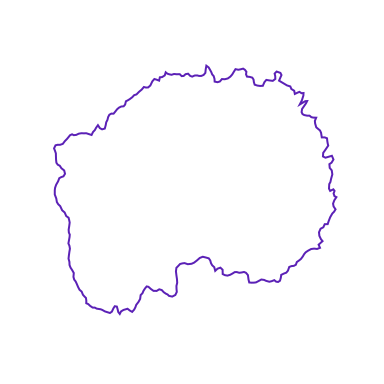 Resplendor, Minas Gerais, Brazil (Equal Earth projection), rotated 12°
{"feature_id": "56859067B25891370030670", "entity_name": "Resplendor", "entity_type": "district", "adm_level": 2, "iso_a3": "BRA", "parent_name": "Brazil", "parent_adm1": "Minas Gerais", "projection": "equal_earth", "projection_center": [-41.153, -19.218], "detail": "fine", "context": "isolated", "style": "outline", "palette": "violet", "viewbox_px": 384, "rotation_deg": 12, "n_neighbors": 0, "source": "geoboundaries", "source_scale": "gbopen_adm2", "svg_char_len": 4447}
<svg xmlns="http://www.w3.org/2000/svg" viewBox="0 0 384 384"><g transform="rotate(12 192 192)"><path d="M68.8,236.9L71.7,238.5L74.0,241.7L76.6,242.8L77.6,244.8L78.7,247.3L79.0,251.0L79.2,254.6L80.0,257.3L81.3,259.1L81.6,261.5L81.7,264.7L81.8,268.0L83.3,270.1L84.4,272.9L84.5,276.0L84.8,280.0L85.1,282.9L86.6,285.8L87.4,288.9L88.9,291.2L91.1,293.4L93.2,295.8L93.7,299.7L95.0,302.2L96.8,303.7L98.3,305.7L100.4,308.7L102.3,311.0L104.8,312.4L106.7,315.2L108.6,316.6L110.3,317.7L111.2,320.2L111.7,322.8L113.8,323.2L116.1,324.6L118.8,325.7L121.0,325.3L123.0,325.9L125.1,325.8L127.0,325.7L128.8,326.0L131.6,326.9L134.6,327.2L136.9,327.4L138.5,325.7L139.3,322.2L140.2,319.8L142.3,319.7L143.7,322.3L144.8,324.7L146.7,326.3L147.4,323.6L149.5,321.6L151.2,320.7L153.2,319.6L155.9,320.9L158.4,321.7L159.9,319.0L160.6,316.5L160.9,314.0L162.5,310.7L163.5,307.4L163.2,303.5L164.6,301.3L165.1,298.7L166.1,296.1L167.3,293.8L169.1,293.8L171.9,295.4L174.9,296.7L178.0,296.1L180.2,294.0L182.8,294.2L185.2,295.9L187.6,296.9L189.4,297.3L191.1,298.4L194.4,298.4L197.1,296.2L197.9,292.9L197.0,290.0L196.3,287.1L196.4,283.9L195.4,280.3L194.1,276.8L192.8,273.0L192.5,269.4L193.8,267.4L195.3,264.9L197.5,263.8L199.5,263.1L202.9,263.5L206.5,262.3L208.7,260.7L211.0,258.0L213.3,254.9L216.0,253.1L219.1,253.2L222.2,253.4L224.1,255.2L225.4,257.7L227.0,259.5L229.4,260.9L231.1,264.3L232.9,261.7L235.5,260.1L238.1,261.7L239.1,265.9L241.5,266.5L244.1,266.4L246.6,265.0L248.7,263.2L250.4,261.5L252.4,261.0L255.0,261.2L257.3,260.4L259.5,259.4L261.6,259.8L264.0,261.7L265.5,265.9L266.8,268.6L269.3,268.3L271.7,267.7L273.4,267.1L275.7,265.2L278.0,263.2L280.8,263.0L282.9,263.5L286.3,263.7L288.6,262.6L290.8,261.1L292.9,262.2L294.9,262.1L296.5,260.5L296.7,257.4L296.5,254.5L298.8,252.7L301.0,251.3L302.2,249.0L302.7,245.1L304.7,243.8L306.9,243.1L308.7,241.6L309.1,238.7L310.8,236.9L312.5,234.8L313.8,232.0L314.6,229.5L315.7,227.4L317.6,225.4L320.4,223.0L323.2,222.0L326.2,221.7L328.8,220.0L326.8,217.2L329.9,212.9L327.9,211.3L325.7,208.4L324.6,205.0L325.4,201.2L327.8,199.2L328.5,195.9L331.4,195.2L331.7,192.3L332.4,188.0L333.7,183.9L335.1,181.7L336.0,179.1L333.5,176.7L332.4,174.1L332.9,170.6L334.3,167.0L332.2,166.4L330.8,164.0L331.2,161.3L329.7,160.0L326.9,162.2L325.3,160.2L324.6,155.7L325.3,153.5L325.3,150.3L325.6,145.6L324.2,141.8L321.7,139.8L320.6,136.2L322.4,134.3L323.6,130.8L321.3,127.5L315.4,130.7L312.7,130.0L312.2,126.4L313.4,123.7L315.6,118.3L314.6,116.2L313.7,113.9L312.9,111.4L310.6,111.0L307.6,111.6L305.9,107.2L304.4,105.2L300.1,102.9L298.2,99.4L297.4,96.9L298.0,93.5L295.1,94.0L293.2,94.0L291.1,92.9L288.8,93.4L285.7,93.4L283.9,92.8L282.6,91.1L282.4,87.9L285.1,81.5L285.7,79.1L283.9,79.6L279.2,84.0L280.4,79.6L280.9,74.5L280.5,72.0L278.6,72.6L276.3,71.7L274.7,72.8L272.2,74.7L270.9,71.7L267.8,70.6L266.2,68.3L262.8,68.0L254.0,65.0L255.2,59.0L253.7,57.1L249.7,56.6L248.2,59.0L249.3,61.3L250.0,64.1L247.9,66.5L244.2,66.8L241.4,66.9L240.0,69.5L239.2,73.4L236.6,74.1L233.8,74.3L231.0,74.0L229.7,71.7L228.8,69.2L227.2,67.6L224.7,67.4L221.8,67.7L220.4,65.7L220.2,63.1L218.4,61.5L216.4,60.7L214.2,61.8L211.9,62.8L209.0,62.8L207.9,65.8L206.9,68.7L205.5,71.2L203.4,73.5L200.6,74.9L197.8,75.3L196.3,78.1L194.1,79.3L191.2,79.3L190.5,76.7L189.1,74.1L187.3,72.8L186.0,70.8L184.3,68.8L182.4,66.7L179.8,65.5L179.9,69.1L180.3,72.7L179.0,75.1L177.0,76.5L174.8,77.0L172.8,76.9L170.4,77.5L168.2,79.1L166.1,78.8L163.6,77.1L161.2,78.1L159.7,80.2L157.8,80.8L155.5,79.3L152.6,80.0L149.9,80.3L147.6,81.6L145.4,81.6L143.3,81.4L141.4,80.4L141.1,83.6L138.9,85.8L136.7,86.5L136.7,89.9L134.0,89.5L131.7,89.3L130.2,92.0L129.1,96.5L127.3,98.9L125.1,99.4L123.1,99.3L121.5,102.3L119.3,105.1L117.4,108.1L115.3,109.3L113.8,111.8L111.7,114.2L110.1,115.7L108.5,117.0L108.4,120.4L107.3,122.4L105.0,123.1L103.0,124.7L101.5,126.7L100.3,129.2L99.0,131.7L96.8,132.1L95.1,133.6L94.4,136.1L94.3,139.1L93.6,141.6L93.7,144.5L93.5,148.1L91.0,149.4L88.6,148.7L86.1,146.2L84.8,149.2L84.1,151.6L82.7,153.9L81.9,157.1L79.0,156.8L76.4,156.5L74.0,157.1L71.6,157.5L69.1,158.5L66.9,160.2L64.5,161.0L62.7,160.5L60.9,161.8L59.9,163.8L58.7,166.1L57.1,168.6L55.6,171.8L53.1,173.3L50.9,173.7L48.8,174.7L48.0,178.0L49.5,180.3L50.8,182.5L51.5,185.4L52.3,188.6L53.3,191.6L55.0,193.2L57.2,193.8L59.3,195.9L62.5,197.5L64.0,200.6L63.0,203.4L60.9,204.7L59.3,206.1L58.8,209.4L57.6,213.2L57.2,216.4L57.4,218.8L58.3,223.0L60.6,226.6L61.9,229.9L63.7,231.8L66.0,233.2L68.8,236.9Z" fill="none" stroke="#5b21b6" stroke-width="2"/></g></svg>